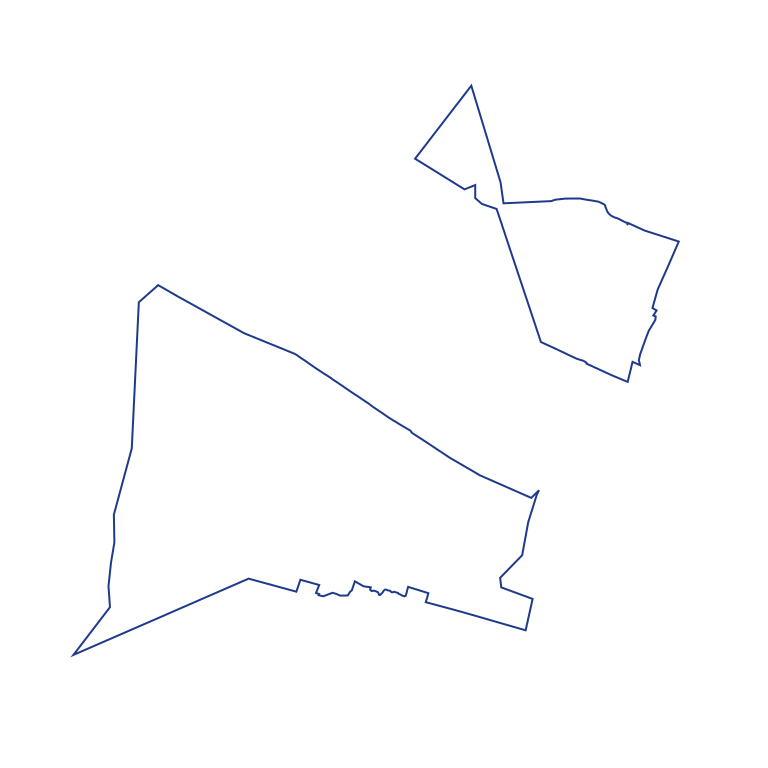 outline of San Bartolo Coyotepec, Oaxaca, Mexico, rotated 187°
{"feature_id": "50627088B215944701539", "entity_name": "San Bartolo Coyotepec", "entity_type": "district", "adm_level": 2, "iso_a3": "MEX", "parent_name": "Mexico", "parent_adm1": "Oaxaca", "projection": "robinson", "projection_center": [-96.712, 16.934], "detail": "fine", "context": "isolated", "style": "outline", "palette": "blue", "viewbox_px": 768, "rotation_deg": 187, "n_neighbors": 0, "source": "geoboundaries", "source_scale": "gbopen_adm2", "svg_char_len": 3346}
<svg xmlns="http://www.w3.org/2000/svg" viewBox="0 0 768 768"><g transform="rotate(187 384 384)"><path d="M620.2,454.6L637.3,435.3L635.5,411.0L626.5,289.3L636.2,221.4L632.3,193.9L633.2,173.3L632.8,149.7L628.8,129.1L659.2,77.3L587.2,119.7L494.7,174.3L445.7,167.2L443.1,179.5L423.8,176.6L426.0,168.3L422.8,167.6L423.1,166.4L418.4,165.9L409.7,170.5L405.5,169.8L401.6,168.6L394.2,169.7L392.1,174.0L390.8,175.2L388.8,184.6L379.6,180.7L372.4,180.6L372.8,178.2L371.4,177.2L370.9,177.0L369.9,177.4L369.0,177.6L367.5,177.5L365.7,176.9L365.1,176.8L364.6,176.5L364.1,175.9L363.7,175.0L363.4,174.3L362.7,174.0L362.1,174.2L361.0,175.5L360.0,177.0L359.4,178.1L359.2,178.7L358.6,179.4L358.2,179.8L358.0,180.0L356.8,180.2L355.4,179.7L352.8,179.5L351.0,178.2L349.9,178.4L348.7,179.0L347.4,178.8L346.3,178.6L344.9,178.3L344.4,178.2L343.9,177.5L343.7,177.5L342.6,177.2L340.9,176.5L339.8,176.2L339.5,176.1L338.0,175.7L337.9,175.8L337.3,176.2L336.7,176.4L336.2,179.3L336.1,179.6L336.0,181.0L335.9,181.9L335.3,185.6L327.9,184.2L321.6,183.1L318.4,182.5L314.5,181.8L315.0,178.0L315.7,174.3L315.9,172.8L316.0,172.6L315.8,172.5L305.8,171.1L288.1,168.6L278.0,167.1L239.2,160.9L218.4,157.6L213.4,156.8L213.0,160.5L213.0,161.3L213.0,161.9L212.9,162.6L212.7,163.8L211.5,176.4L210.3,188.8L242.8,196.4L245.1,205.8L226.0,230.9L224.0,264.5L218.8,293.0L217.2,297.4L224.0,288.9L277.5,305.0L309.7,318.8L321.3,324.6L338.1,333.0L350.5,339.0L351.9,340.8L360.6,344.6L363.1,345.7L365.7,346.9L368.1,348.0L370.7,349.1L373.2,350.3L375.7,351.5L377.6,352.5L380.1,353.8L381.9,354.8L384.0,355.8L388.1,357.9L390.6,359.2L393.0,360.4L394.3,361.2L397.4,363.0L399.5,364.0L402.0,365.3L404.4,366.5L406.2,367.4L408.8,368.8L411.2,369.9L413.8,371.2L417.7,373.2L422.9,375.9L426.1,377.6L427.8,378.4L430.0,379.6L432.0,380.6L435.0,382.0L437.5,383.5L438.6,384.0L440.3,384.9L442.4,385.9L444.9,387.0L447.6,388.4L449.1,389.1L451.1,390.1L452.6,390.8L455.0,392.1L457.5,393.4L459.6,394.5L461.2,395.3L464.2,397.0L467.0,398.4L469.9,399.8L474.0,402.1L476.4,403.1L528.9,417.3L599.4,445.8L620.2,454.6ZM144.1,568.1L160.9,573.4L161.8,572.2L161.9,572.3L161.5,573.4L162.4,573.7L164.0,573.8L166.7,574.8L169.0,575.7L171.3,576.5L173.3,577.1L174.3,577.1L175.8,577.6L177.4,578.1L179.3,578.9L180.7,579.8L181.9,580.7L183.2,582.2L184.0,583.5L184.8,585.0L185.5,586.2L186.3,588.0L186.8,588.8L187.5,589.2L189.2,589.7L191.1,590.4L192.6,590.9L193.9,591.2L195.6,591.2L198.6,591.4L201.7,591.5L203.3,591.5L209.3,591.8L211.6,592.0L222.2,590.7L226.8,590.1L227.0,590.1L227.9,589.8L236.5,587.8L240.3,585.9L287.4,577.9L292.9,598.4L333.7,690.7L350.3,662.7L380.6,611.4L327.8,587.0L317.7,592.6L316.1,579.6L308.7,574.6L293.6,571.5L289.9,563.8L287.9,559.6L286.7,557.2L285.8,555.1L284.9,553.2L283.7,550.8L282.8,548.9L281.8,546.7L277.9,538.5L268.3,518.3L267.9,517.5L261.7,504.4L243.8,466.8L233.4,444.8L233.1,444.7L217.7,439.8L205.0,435.6L204.9,435.5L195.6,432.5L188.8,431.3L185.6,429.8L185.4,428.8L180.5,427.3L159.2,420.5L142.4,415.8L142.0,419.2L141.8,421.4L141.4,424.0L141.3,425.6L141.0,427.4L140.7,430.2L140.3,434.0L140.1,435.6L140.0,436.3L132.2,433.9L133.5,437.6L134.0,438.7L133.8,440.5L133.4,444.7L132.0,450.8L131.4,453.8L128.9,464.4L127.7,469.1L125.2,474.6L122.5,480.7L122.6,484.2L125.0,484.8L122.4,490.2L126.8,492.1L123.9,511.0L115.8,537.5L108.8,561.3L138.4,567.0L139.6,567.2L144.1,568.1Z" fill="none" stroke="#1e3a8a" stroke-width="2"/></g></svg>